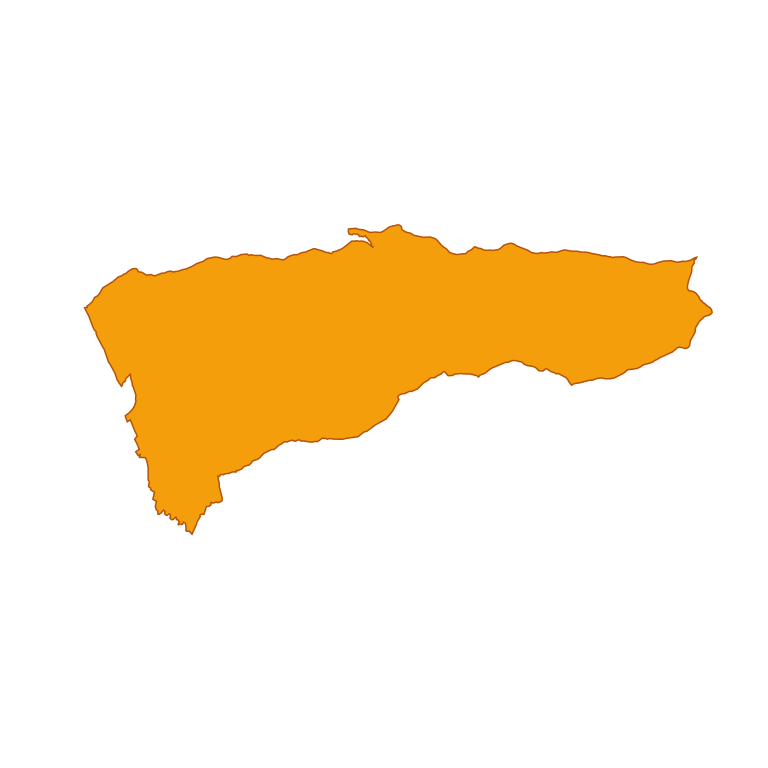 Scundu, Vâlcea, Romania (Albers equal-area conic projection), rotated 101°
{"feature_id": "2599482B73493695377242", "entity_name": "Scundu", "entity_type": "district", "adm_level": 2, "iso_a3": "ROU", "parent_name": "Romania", "parent_adm1": "Vâlcea", "projection": "albers", "projection_center": [24.173, 44.858], "detail": "fine", "context": "isolated", "style": "filled", "palette": "amber", "viewbox_px": 768, "rotation_deg": 101, "n_neighbors": 0, "source": "geoboundaries", "source_scale": "gbopen_adm2", "svg_char_len": 6134}
<svg xmlns="http://www.w3.org/2000/svg" viewBox="0 0 768 768"><g transform="rotate(101 384 384)"><path d="M566.2,549.8L565.7,547.0L568.1,543.8L557.5,541.3L555.4,541.3L549.3,539.1L548.4,539.6L547.3,539.3L546.3,537.7L546.4,536.2L546.1,535.8L538.3,535.0L537.5,532.5L535.6,530.8L533.4,531.3L533.2,531.0L533.5,529.4L533.4,528.6L531.8,526.3L532.2,524.5L531.0,522.2L530.1,521.8L529.7,520.7L527.2,520.9L516.2,526.1L512.9,526.8L506.2,529.6L506.1,527.8L504.6,527.6L504.0,527.0L503.7,524.2L502.7,523.4L501.3,519.1L499.6,516.5L498.7,514.4L499.0,513.4L498.3,512.8L498.3,512.2L497.1,512.3L496.8,510.6L495.5,509.0L495.1,508.0L491.5,505.4L489.0,500.6L484.5,498.0L481.7,493.3L479.5,491.4L478.1,490.8L474.8,488.5L469.8,481.8L469.2,479.3L463.8,475.2L462.5,473.3L459.7,470.9L459.3,467.7L457.7,465.9L457.4,464.6L456.6,463.6L456.7,462.5L457.2,461.8L456.9,460.7L457.1,460.0L455.9,458.6L454.9,456.4L455.9,454.5L455.2,452.0L455.1,445.8L454.6,442.9L453.8,441.5L453.1,438.0L448.6,433.9L449.0,432.5L448.5,430.5L449.0,429.1L447.9,426.8L447.6,422.3L446.2,414.3L444.5,410.4L440.7,399.5L434.9,394.5L433.6,391.7L425.6,384.5L417.9,375.2L409.1,370.5L396.5,366.3L396.2,366.8L393.6,368.1L392.0,367.1L390.2,364.4L389.6,362.1L386.4,357.6L386.0,355.4L382.3,350.1L375.3,345.4L372.1,341.6L369.6,339.8L368.8,338.7L368.2,335.5L365.4,332.8L363.3,329.8L361.4,328.7L360.6,327.7L360.2,326.8L363.5,322.9L363.6,322.3L362.4,318.1L360.8,316.4L358.9,309.9L359.0,308.5L357.8,302.1L357.8,300.1L358.1,294.6L359.1,292.5L356.9,291.4L354.2,286.9L348.8,282.4L347.5,280.7L339.8,269.2L338.8,265.9L336.9,263.4L335.9,259.9L336.1,255.3L336.0,253.8L336.5,252.2L337.9,250.0L338.6,246.4L338.3,242.2L338.5,239.8L339.3,237.7L341.4,234.5L340.9,230.3L338.3,228.3L338.0,227.4L340.1,221.9L340.2,219.7L341.1,216.7L340.6,215.2L340.8,213.8L342.9,206.8L344.4,204.6L346.1,203.4L349.4,199.7L347.3,197.2L345.6,192.4L341.2,183.1L340.2,179.5L338.6,177.3L337.1,173.7L336.6,171.6L336.6,167.5L335.5,162.3L334.1,159.1L327.5,150.7L323.3,147.3L322.9,145.4L320.5,138.6L318.1,135.3L315.6,133.0L313.0,127.5L311.0,124.2L309.1,122.6L307.9,120.7L305.6,118.3L297.4,106.9L292.6,103.1L291.8,102.1L291.3,99.2L291.7,95.2L291.3,94.0L290.4,92.7L288.4,91.4L282.9,91.5L274.1,88.6L269.3,88.9L262.7,86.5L257.1,82.7L255.8,81.1L254.6,78.2L253.0,76.5L251.3,75.5L249.1,76.4L247.1,78.1L245.7,81.6L243.8,84.6L243.2,86.4L241.6,88.2L241.0,89.7L238.2,91.7L235.6,94.7L234.7,96.5L234.1,98.6L234.2,102.7L232.0,104.5L228.3,104.9L222.5,104.5L215.5,103.4L210.2,104.1L206.0,102.6L203.2,103.2L201.5,101.6L199.9,101.2L201.7,104.2L203.9,106.5L206.1,111.0L206.3,113.5L208.5,119.3L208.2,125.9L210.0,133.0L212.2,137.7L214.8,142.1L215.6,144.8L215.7,147.6L215.1,153.1L215.7,155.4L216.0,159.9L215.3,164.9L213.6,171.0L213.5,173.7L215.4,181.7L216.3,184.0L215.9,186.1L216.2,188.3L215.9,190.7L216.5,194.3L216.2,196.6L216.2,205.7L215.9,209.2L216.8,215.3L216.8,219.2L217.8,225.0L217.9,232.5L221.9,239.9L222.3,245.0L222.9,245.8L224.2,249.4L225.0,252.2L225.1,255.3L226.1,256.6L226.8,259.4L226.9,264.3L225.7,267.0L225.1,269.2L223.3,279.4L221.7,283.5L221.6,286.5L223.7,291.0L225.0,292.9L227.9,295.0L230.1,297.2L232.1,302.6L232.3,305.3L233.3,309.1L233.4,311.9L232.5,314.6L232.7,317.3L232.0,320.3L232.1,321.3L235.8,324.1L237.7,326.8L240.3,328.5L243.0,337.2L242.9,341.3L242.4,344.7L239.6,348.3L237.3,353.5L232.9,359.0L231.6,361.5L230.9,366.9L232.5,373.2L232.3,382.9L230.9,386.8L230.7,391.6L230.0,393.0L229.8,394.5L229.0,395.8L226.6,396.9L225.6,397.8L225.1,399.2L225.1,400.8L226.7,404.1L227.1,405.4L228.9,408.8L233.8,413.5L235.9,416.2L236.5,421.6L237.7,425.7L237.9,427.1L236.6,433.1L237.0,438.0L236.6,441.4L238.6,448.4L241.4,448.1L243.6,446.7L243.6,443.7L242.3,442.4L242.1,439.1L242.3,437.4L243.6,436.7L243.9,435.9L243.3,434.6L243.5,432.4L242.6,431.7L242.1,430.6L243.5,429.3L243.6,428.7L245.2,426.6L245.7,426.6L245.7,426.3L246.3,425.9L246.1,425.3L246.3,425.0L247.6,424.3L248.7,423.0L250.2,423.4L251.4,420.9L251.9,421.2L248.8,426.8L247.9,430.1L247.9,433.3L248.6,435.4L248.6,438.5L249.6,440.5L249.7,442.6L250.1,443.1L257.0,448.9L259.7,451.7L262.6,456.0L263.9,459.1L265.9,460.3L266.1,461.6L265.6,463.5L265.9,466.0L265.0,470.4L264.8,474.5L264.4,476.8L264.6,478.9L267.0,482.5L267.8,484.1L269.3,485.7L270.2,488.5L271.4,491.0L272.8,492.4L273.7,494.3L274.2,496.8L275.9,500.2L277.6,502.7L280.5,505.1L281.2,506.6L281.6,509.6L281.3,511.4L281.5,512.9L282.8,518.0L282.4,520.0L282.6,521.5L282.2,524.9L281.2,529.5L282.4,534.9L282.6,538.1L282.3,539.0L283.5,540.9L282.6,543.1L284.1,548.8L287.0,553.2L287.7,557.5L289.6,558.7L291.5,561.5L291.9,563.8L291.3,571.2L291.8,574.8L294.7,581.6L298.2,585.0L301.5,590.8L305.0,594.7L308.7,599.9L309.9,603.0L312.6,607.8L314.2,612.3L314.0,615.5L315.2,618.2L317.1,620.7L317.5,623.2L320.9,628.5L321.7,630.2L321.0,633.4L321.8,636.1L322.6,637.8L321.4,640.5L320.5,643.2L320.7,645.6L320.6,646.8L318.8,647.9L318.1,649.0L318.1,650.4L319.1,653.1L321.7,656.1L324.9,658.6L325.8,660.3L327.7,662.0L329.7,665.3L335.2,669.7L343.3,678.4L349.2,680.4L352.0,681.9L354.4,684.7L358.1,685.6L362.5,688.6L363.9,690.2L364.6,690.4L365.5,690.0L366.3,692.5L373.8,686.6L383.2,680.9L386.2,678.6L388.1,676.2L388.9,676.4L391.6,675.0L401.4,667.2L403.0,665.5L415.0,658.6L417.4,656.2L424.8,650.1L430.9,646.7L436.4,641.3L435.4,640.7L432.7,640.5L430.6,638.6L427.5,638.2L422.9,634.9L426.4,633.8L432.2,630.9L433.5,630.8L435.1,629.3L442.3,625.4L446.3,625.0L448.4,624.2L452.9,624.7L456.9,626.1L461.0,628.7L464.6,632.0L470.1,628.8L467.6,626.2L478.6,619.0L481.9,616.3L485.9,618.2L489.7,615.2L494.8,611.8L498.0,614.8L501.2,611.6L499.8,610.0L502.7,610.0L501.8,604.1L505.7,601.7L511.3,599.5L523.3,597.2L524.0,596.2L525.7,595.7L529.7,595.5L530.8,593.2L532.5,592.6L534.1,588.6L541.3,588.9L542.6,585.0L548.2,585.1L548.9,584.4L550.5,583.8L552.1,581.7L554.7,581.2L555.0,580.8L554.9,580.2L553.5,578.4L549.8,576.3L551.2,574.5L552.6,574.6L553.6,574.2L554.2,573.4L554.3,571.7L552.4,570.3L552.6,569.3L553.5,568.5L554.3,568.7L555.8,568.3L556.5,568.6L557.7,566.6L557.3,565.1L554.6,563.3L554.5,562.5L556.7,561.9L556.7,560.2L557.9,559.5L558.2,558.6L560.8,559.4L561.4,559.1L560.5,556.9L560.2,555.0L557.9,554.6L558.6,552.4L563.7,550.6L565.5,550.6L566.2,549.8Z" fill="#f59e0b" stroke="#b45309" stroke-width="1.5"/></g></svg>